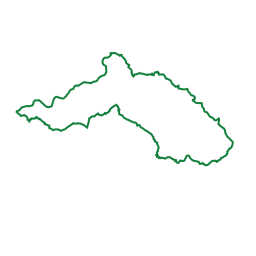 outline of Boita, Sibiu, Romania, rotated 231°
{"feature_id": "2599482B22566018215813", "entity_name": "Boita", "entity_type": "district", "adm_level": 2, "iso_a3": "ROU", "parent_name": "Romania", "parent_adm1": "Sibiu", "projection": "equal_earth", "projection_center": [24.183, 45.583], "detail": "fine", "context": "isolated", "style": "outline", "palette": "green", "viewbox_px": 256, "rotation_deg": 231, "n_neighbors": 0, "source": "geoboundaries", "source_scale": "gbopen_adm2", "svg_char_len": 5910}
<svg xmlns="http://www.w3.org/2000/svg" viewBox="0 0 256 256"><g transform="rotate(231 128 128)"><path d="M210.9,58.3L210.2,54.8L210.5,52.8L211.0,52.2L210.6,51.5L207.8,51.9L205.4,52.7L205.0,52.3L204.2,53.2L203.6,54.9L203.1,55.2L203.2,55.6L200.2,56.4L198.8,56.0L197.6,55.1L196.0,55.5L196.1,56.0L195.3,55.6L195.8,57.9L195.9,58.1L196.3,58.1L196.2,58.6L196.1,59.0L195.5,59.5L195.3,60.1L194.6,60.5L193.7,62.3L194.0,62.6L194.3,63.7L191.8,64.2L191.8,64.4L190.9,64.4L190.9,64.9L189.7,65.4L186.8,65.7L184.6,66.6L183.5,65.6L183.0,65.9L182.2,66.8L180.9,67.2L179.4,68.3L177.5,66.8L175.7,67.9L173.5,68.3L172.9,70.3L170.8,72.9L167.9,74.1L167.8,75.3L166.7,78.2L166.7,82.2L166.3,84.4L166.3,86.2L166.0,87.9L166.2,88.5L165.2,89.1L164.3,90.0L164.0,90.6L163.3,91.4L163.2,92.2L160.6,94.3L157.7,95.6L154.1,96.5L157.6,101.5L158.5,102.3L159.9,104.2L159.7,104.4L159.6,107.0L159.3,108.0L158.1,109.1L158.4,112.2L158.0,113.9L156.9,113.5L155.3,114.9L154.4,115.3L154.1,116.2L154.0,118.3L153.1,119.5L153.7,119.7L153.3,120.0L153.4,120.4L152.7,121.8L152.6,122.9L153.0,123.4L152.8,123.7L153.0,124.3L152.9,124.6L153.9,125.8L154.0,127.1L154.0,128.5L153.8,129.9L154.0,130.6L153.2,133.6L152.7,133.4L150.9,133.7L149.9,133.0L147.8,133.0L147.8,132.8L148.0,132.1L147.9,131.5L146.3,131.4L144.7,130.1L143.9,129.9L143.2,130.5L142.6,130.7L142.1,131.3L138.2,131.4L137.1,131.8L136.0,132.5L134.9,132.6L134.3,133.4L133.4,133.5L132.5,134.2L131.3,134.5L130.5,135.2L129.6,135.4L128.7,135.9L128.3,136.5L127.7,137.1L126.8,137.4L125.6,137.4L124.4,136.7L124.1,136.7L123.7,137.1L123.3,138.5L123.0,138.8L120.5,138.4L117.8,139.5L115.5,139.9L112.4,141.3L111.4,141.2L110.4,141.9L109.2,141.9L108.3,142.4L106.7,142.0L104.9,142.1L104.4,141.8L103.7,141.0L103.2,140.9L102.0,141.4L101.2,140.7L100.4,140.5L98.4,141.4L97.9,141.4L97.2,140.6L93.5,139.6L93.2,139.3L93.0,138.7L92.6,138.0L91.4,136.9L91.0,136.4L91.0,135.4L89.9,134.5L89.4,134.3L89.5,133.1L89.0,132.9L88.4,133.6L87.8,133.8L87.7,133.6L87.8,132.5L87.3,132.4L86.9,132.5L86.5,133.0L85.3,133.1L85.4,134.0L84.3,134.1L84.2,135.0L83.4,135.4L83.0,136.2L80.7,137.7L80.7,138.7L80.3,140.6L79.5,141.2L79.3,142.0L76.7,142.9L75.7,143.0L75.5,143.4L74.7,143.6L74.0,144.3L73.7,144.3L72.6,143.7L72.5,144.0L72.8,145.0L72.6,145.2L71.7,144.5L70.2,144.3L69.3,145.1L69.1,145.7L69.5,146.3L69.5,147.1L69.9,147.8L69.8,148.3L69.5,148.6L68.6,148.9L67.9,150.0L67.3,150.6L67.2,151.1L67.3,151.7L67.9,152.7L68.1,153.4L69.4,156.0L69.2,156.9L68.6,157.7L67.2,157.9L65.9,157.3L62.9,157.7L60.6,158.8L59.6,159.9L58.0,161.0L57.4,161.6L56.7,161.7L55.4,161.2L54.8,161.2L54.4,162.1L53.6,162.9L53.9,163.7L53.7,163.9L53.2,164.2L52.5,164.2L51.8,164.5L50.6,164.4L49.4,166.2L49.2,166.9L49.2,168.0L49.3,169.2L49.3,170.2L49.4,170.7L49.4,172.6L49.2,173.2L47.8,174.7L47.8,175.2L47.4,175.5L46.9,175.8L46.2,175.5L45.6,175.9L45.9,177.6L45.7,178.9L45.4,179.5L45.5,180.5L45.7,180.8L46.1,181.1L46.2,181.5L45.8,182.2L45.4,183.5L45.4,184.8L45.0,187.1L45.2,187.7L45.1,187.9L45.8,188.7L45.9,189.1L45.9,189.6L47.1,190.2L47.8,193.2L48.2,193.6L48.1,194.3L47.7,195.0L48.0,196.6L49.5,198.9L51.0,200.6L55.6,200.2L56.8,200.2L58.7,199.7L62.7,200.5L65.3,202.0L67.3,202.2L67.7,202.2L68.2,201.8L69.5,201.7L70.2,201.3L74.2,200.7L76.5,203.4L77.2,204.1L78.1,204.5L78.4,204.4L78.3,202.5L78.6,201.2L79.4,200.4L79.9,200.3L80.1,200.1L81.2,200.4L82.4,200.2L83.8,199.7L84.8,199.0L85.8,198.8L89.4,199.2L90.6,199.2L91.5,198.4L92.6,197.9L93.3,198.0L94.6,198.9L97.2,199.1L99.3,199.7L99.5,199.8L100.0,200.7L100.6,200.9L101.6,200.4L102.2,199.3L104.5,196.9L105.8,196.3L106.7,196.4L108.3,195.6L108.7,195.7L109.1,196.1L109.0,196.6L108.6,197.5L108.7,198.5L109.7,199.2L110.4,199.4L112.0,199.1L113.5,197.9L114.5,197.7L116.1,198.0L118.2,197.8L119.9,198.2L121.0,198.7L121.4,198.4L121.3,197.8L121.7,197.1L122.8,196.0L123.4,195.0L124.7,194.1L125.7,193.0L126.5,192.6L127.0,192.1L127.5,192.3L128.1,193.2L129.1,193.9L129.3,193.5L129.3,192.3L129.5,191.7L130.1,191.0L130.5,191.2L131.4,190.8L132.9,190.4L133.7,190.5L134.7,190.2L138.4,191.0L140.5,189.9L141.5,189.6L142.1,188.9L142.8,188.5L143.6,188.6L144.6,189.3L145.5,189.2L146.5,189.3L147.3,189.2L148.1,188.6L148.5,187.5L149.5,186.6L149.9,185.7L150.3,185.8L151.5,186.5L151.8,186.4L151.9,185.8L152.2,185.7L152.4,185.8L152.7,186.5L152.9,186.5L153.3,185.3L154.0,184.6L154.2,184.1L153.7,181.9L153.0,181.6L152.8,181.2L153.7,180.5L154.3,180.9L155.2,180.9L155.2,180.5L154.9,180.1L154.7,179.7L155.7,178.9L156.6,177.9L156.9,176.5L157.4,176.0L158.5,175.6L159.4,174.5L160.6,173.9L161.7,172.9L162.2,172.1L163.5,171.7L163.7,170.3L164.7,167.8L165.6,166.6L165.3,166.1L165.3,165.5L164.6,165.0L164.6,164.6L165.9,164.6L167.0,164.8L168.0,165.6L169.0,165.6L169.8,166.7L171.2,167.2L175.2,166.6L175.6,167.1L175.7,168.2L176.2,168.6L178.4,167.7L179.6,167.6L180.1,167.7L180.9,168.4L184.6,168.8L185.8,168.5L187.4,168.5L188.7,169.0L189.1,168.9L189.2,168.7L189.4,167.8L189.2,167.3L189.3,167.1L189.7,167.0L190.7,167.0L191.7,166.2L194.2,165.3L195.0,164.4L195.1,163.9L195.8,163.2L196.4,162.9L197.0,161.5L196.3,161.4L195.7,161.0L195.3,159.4L195.3,157.8L195.4,157.0L195.7,156.2L197.1,154.5L197.3,153.4L197.2,152.5L196.5,150.9L196.0,150.3L195.0,149.5L193.8,149.0L192.5,148.9L191.9,149.0L190.5,149.7L189.3,149.6L187.9,148.3L185.6,146.8L184.9,146.0L184.2,144.5L184.0,143.4L184.5,141.4L185.2,139.4L185.3,137.4L184.9,135.5L184.3,133.9L184.3,133.1L184.4,132.6L185.8,129.9L186.0,129.2L186.1,127.5L186.3,127.5L189.6,124.1L190.7,123.4L191.1,122.9L191.6,121.2L192.2,115.6L192.5,115.3L193.4,114.9L194.0,113.4L194.0,112.5L192.9,110.3L193.1,109.1L193.7,108.1L193.7,107.5L193.5,106.0L192.7,104.4L192.3,101.9L191.8,100.7L191.5,96.8L192.4,95.3L195.4,93.2L196.8,92.6L197.4,91.7L197.7,90.2L196.9,87.9L195.7,86.6L194.5,84.4L193.6,83.6L193.2,83.0L193.1,81.7L193.2,81.1L193.8,80.2L194.3,79.1L195.8,78.1L197.4,77.6L203.3,76.8L205.5,76.4L205.9,76.0L206.8,74.5L207.7,73.6L208.0,72.9L207.8,72.4L207.7,71.0L206.6,69.9L205.9,68.7L205.8,67.9L207.4,64.4L208.8,63.2L210.9,58.3Z" fill="none" stroke="#15803d" stroke-width="2"/></g></svg>